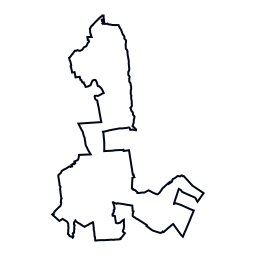 the district of Horia, Tulcea, Romania
{"feature_id": "2599482B17678194817649", "entity_name": "Horia", "entity_type": "district", "adm_level": 2, "iso_a3": "ROU", "parent_name": "Romania", "parent_adm1": "Tulcea", "projection": "albers", "projection_center": [28.443, 45.057], "detail": "fine", "context": "isolated", "style": "outline", "palette": "ink", "viewbox_px": 256, "rotation_deg": 0, "n_neighbors": 0, "source": "geoboundaries", "source_scale": "gbopen_adm2", "svg_char_len": 5706}
<svg xmlns="http://www.w3.org/2000/svg" viewBox="0 0 256 256"><path d="M118.5,25.1L112.3,25.0L110.8,24.6L108.2,24.3L107.6,23.6L106.6,23.9L102.7,23.8L102.4,23.5L102.9,23.0L102.8,22.3L104.2,22.1L104.0,20.5L102.9,20.7L102.9,21.2L102.1,21.1L101.8,19.7L103.9,19.5L103.6,17.7L103.6,15.5L102.3,15.4L102.0,15.9L100.3,17.2L94.8,22.6L94.4,23.2L92.6,24.9L92.7,25.2L92.6,25.3L91.3,26.2L90.8,26.9L90.4,28.1L89.9,28.6L90.2,32.2L90.2,33.0L91.0,34.9L91.1,35.9L91.6,37.0L87.4,37.0L87.5,38.1L87.8,39.0L87.7,39.9L88.7,40.3L88.9,40.6L89.1,41.6L88.7,42.2L87.8,42.7L87.5,43.7L86.3,46.2L83.8,47.4L82.7,49.2L81.9,49.9L80.6,50.6L79.2,50.8L77.3,50.1L76.1,50.8L75.8,50.9L75.1,50.7L74.8,50.9L74.2,51.6L72.6,54.0L71.9,54.6L70.5,56.6L69.1,57.8L69.4,58.8L69.6,60.1L70.4,61.6L71.0,64.3L71.2,65.6L70.6,66.2L71.4,68.7L72.1,72.5L74.6,72.2L75.6,77.4L79.7,76.8L80.4,79.8L81.4,80.1L81.7,81.1L82.4,82.5L83.7,82.4L84.2,84.0L84.7,84.5L85.6,86.9L88.0,86.5L88.4,86.1L90.5,85.3L91.2,83.9L91.4,82.9L92.1,81.6L92.5,80.6L94.2,79.9L94.8,79.9L95.5,80.1L96.5,81.7L97.0,82.8L97.3,84.4L97.8,86.0L98.2,86.2L99.1,86.2L101.1,88.1L101.5,88.6L103.1,91.5L103.7,93.1L101.8,93.8L101.2,94.3L98.1,95.9L96.3,95.7L94.8,95.9L94.6,96.3L94.9,98.0L95.3,99.2L96.3,100.0L97.3,100.5L97.6,102.8L98.6,107.1L99.7,113.6L101.3,122.1L78.4,123.6L81.0,128.8L82.7,131.8L83.0,132.7L83.6,135.3L84.5,137.5L85.3,142.2L85.5,144.1L85.9,145.7L86.9,147.4L87.8,149.5L90.7,154.4L79.0,154.9L78.7,157.5L78.1,159.6L77.0,160.4L74.4,161.5L75.3,163.1L74.1,164.2L73.8,164.2L73.4,163.6L71.4,164.9L72.2,166.2L72.0,166.5L71.5,166.5L70.3,166.9L69.9,166.5L69.5,166.4L68.9,166.7L66.5,168.3L63.3,169.9L61.8,170.9L60.9,172.7L60.5,173.3L59.0,174.5L58.8,174.7L58.5,175.3L58.3,175.4L58.3,176.2L59.3,182.4L59.6,185.4L60.5,186.9L60.2,188.0L60.2,188.7L60.1,189.4L60.4,191.2L60.5,193.0L60.9,195.2L61.0,196.2L61.2,197.3L61.5,198.2L61.4,198.2L61.1,198.9L61.2,199.3L60.9,201.2L61.0,201.5L60.8,201.9L60.8,202.3L61.2,202.8L61.2,203.4L61.1,204.0L60.6,205.5L59.9,206.5L58.6,207.5L54.6,211.5L54.2,212.2L54.2,212.8L52.9,213.8L53.4,214.3L52.4,214.7L53.2,215.5L54.8,216.8L59.4,221.0L62.6,218.9L67.1,221.7L68.0,223.2L68.3,224.1L68.2,226.3L68.4,226.6L68.5,227.2L68.2,230.7L68.3,231.6L68.1,232.7L68.2,233.0L67.9,233.8L68.0,234.1L69.1,235.0L69.3,235.7L69.8,236.2L70.0,236.3L71.6,236.6L72.7,237.7L73.0,237.4L73.4,236.3L73.1,234.5L72.7,233.5L72.9,233.2L73.2,233.0L73.9,232.9L74.1,232.6L74.2,232.2L74.0,230.9L74.2,229.8L74.5,228.9L74.1,227.7L74.1,227.3L74.7,225.3L74.6,225.1L74.0,224.5L73.9,223.5L74.2,222.1L74.8,221.5L75.4,220.4L75.5,220.5L75.7,221.3L77.3,222.3L78.5,223.2L79.9,223.8L80.6,224.5L81.2,224.6L82.8,225.9L84.5,226.7L84.6,226.4L85.3,226.3L88.8,224.5L90.3,223.4L91.2,223.2L92.9,222.2L93.1,222.4L93.5,226.2L93.6,226.9L93.8,227.3L93.7,228.1L93.8,230.2L94.2,231.5L94.5,235.3L94.7,236.7L95.0,237.1L95.2,240.3L95.4,240.6L98.9,240.2L105.0,240.1L111.8,239.7L113.4,239.9L114.1,239.7L119.9,239.3L120.6,238.9L120.4,238.5L120.4,238.3L121.8,237.3L124.9,233.2L122.8,231.6L123.0,230.4L123.7,229.0L123.8,227.7L124.1,226.8L124.1,224.9L123.9,224.0L123.9,219.7L122.5,220.5L120.1,222.7L119.7,222.9L117.1,223.3L115.9,222.8L114.9,216.0L114.6,215.8L112.7,215.8L112.5,214.8L112.6,214.0L113.3,213.3L113.4,212.9L113.5,212.2L113.9,211.6L114.0,211.2L113.7,210.5L113.8,209.8L114.4,209.3L114.4,208.8L114.6,208.3L114.6,207.9L114.3,207.2L114.2,205.8L112.9,202.3L113.1,202.2L116.7,203.8L117.1,203.4L117.5,203.3L122.8,204.0L128.3,205.0L129.2,204.9L129.7,205.2L132.3,205.6L132.7,211.0L133.5,211.4L132.7,214.0L132.7,216.2L135.3,217.8L136.7,218.9L137.1,218.9L145.2,224.0L147.0,225.3L146.5,226.0L151.6,229.8L152.9,230.6L159.7,232.8L160.4,232.9L161.7,232.6L161.9,232.3L162.4,232.1L162.7,231.5L163.7,232.1L168.0,228.2L173.1,224.0L173.4,224.3L174.7,226.2L180.6,234.3L181.5,235.4L182.9,236.7L184.7,232.2L185.3,231.0L190.4,218.9L190.9,217.4L192.2,214.5L193.8,210.5L190.1,209.1L180.9,204.9L175.6,203.2L174.7,203.7L174.0,203.8L174.1,203.1L178.8,188.9L180.8,190.0L182.3,192.0L195.0,197.6L195.5,198.2L197.5,201.8L203.6,193.1L192.5,185.7L183.8,176.1L182.7,176.1L182.4,175.6L181.5,175.4L181.0,175.7L180.6,176.2L180.2,176.4L179.3,176.3L177.9,176.0L177.4,176.1L176.0,177.3L173.4,178.9L172.9,179.0L172.3,180.1L171.9,181.6L171.7,181.9L169.3,183.5L169.4,182.3L168.0,183.4L162.2,188.7L161.8,189.5L159.7,192.5L158.1,194.0L157.7,194.2L157.4,194.3L156.1,194.0L153.2,192.8L148.6,190.3L144.3,192.6L142.4,192.5L138.4,193.1L137.4,193.0L137.5,192.4L134.6,189.8L134.1,190.0L133.1,189.6L133.0,189.0L131.9,188.6L132.4,177.8L134.3,177.2L134.1,176.9L133.5,174.5L132.8,174.6L129.0,150.2L123.9,151.0L123.6,151.0L123.4,149.8L123.1,149.9L121.9,150.0L115.8,150.2L112.2,150.7L104.2,151.1L104.3,148.7L104.2,141.4L103.5,134.1L103.3,132.6L103.0,131.7L105.3,131.4L109.8,130.2L119.5,128.4L122.0,128.4L126.4,128.0L128.8,127.5L129.3,127.7L129.8,128.4L130.3,129.9L132.5,129.6L135.8,130.3L136.0,130.3L136.1,130.0L136.0,129.4L135.3,128.6L134.2,127.7L133.7,127.0L132.8,126.4L132.5,126.0L133.0,125.0L133.4,123.6L133.7,122.8L133.8,119.8L134.2,118.7L134.5,116.4L133.5,115.4L133.0,114.6L132.8,112.6L132.6,112.2L131.4,110.8L130.9,108.9L130.4,107.9L130.4,107.7L131.7,106.5L131.9,105.2L131.7,103.9L131.8,102.6L131.6,100.4L131.2,98.4L131.1,97.0L131.4,95.8L130.9,94.7L130.7,92.8L130.8,90.2L131.2,89.0L131.1,86.3L130.7,85.4L130.7,84.2L130.3,82.8L129.5,81.9L129.2,81.1L129.2,80.3L129.3,79.1L129.2,78.7L129.5,77.7L129.6,76.8L129.0,75.8L128.4,75.1L128.3,74.8L128.3,72.1L128.4,71.5L129.0,70.9L129.3,68.6L129.2,68.2L129.1,67.2L128.7,63.4L128.8,62.2L128.8,61.1L127.7,55.0L127.4,51.9L127.5,51.2L126.7,49.6L126.1,49.0L125.8,48.4L125.8,46.6L125.6,45.2L126.1,40.9L125.5,39.7L124.5,38.9L124.3,37.9L124.4,37.0L124.3,36.5L123.4,35.0L122.8,34.5L121.2,30.0L119.6,27.4L118.5,25.1Z" fill="none" stroke="#020617" stroke-width="2"/></svg>